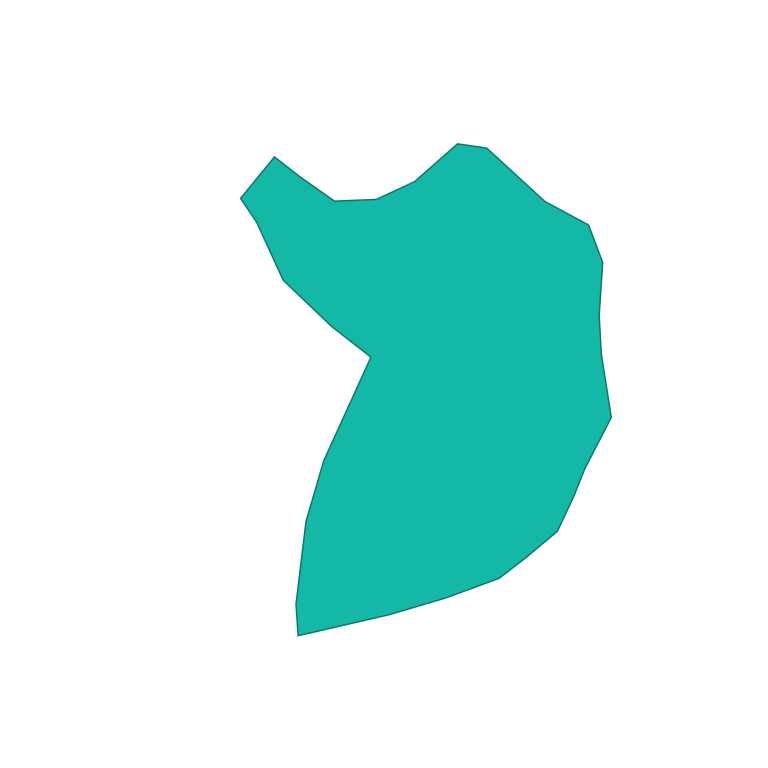 the district of Haeundae-gu, Busan, South Korea, rotated 218°
{"feature_id": "91817680B8006777837161", "entity_name": "Haeundae-gu", "entity_type": "district", "adm_level": 2, "iso_a3": "KOR", "parent_name": "South Korea", "parent_adm1": "Busan", "projection": "robinson", "projection_center": [129.155, 35.197], "detail": "fine", "context": "isolated", "style": "filled", "palette": "teal", "viewbox_px": 768, "rotation_deg": 218, "n_neighbors": 0, "source": "geoboundaries", "source_scale": "gbopen_adm2", "svg_char_len": 567}
<svg xmlns="http://www.w3.org/2000/svg" viewBox="0 0 768 768"><g transform="rotate(218 384 384)"><path d="M296.7,132.8L237.6,205.8L203.5,253.7L173.7,301.7L165.2,335.0L164.6,337.8L156.7,374.6L165.2,412.1L173.7,441.3L182.5,488.1L184.3,497.6L231.2,541.4L252.2,565.4L256.7,570.6L286.5,614.4L320.6,635.2L369.6,626.9L448.3,633.1L473.9,618.5L484.5,562.2L503.7,524.7L535.6,497.6L578.2,495.5L610.1,495.5L611.3,442.0L583.8,433.0L527.2,403.7L460.7,397.1L410.8,397.1L384.2,286.4L360.9,227.8L317.7,156.2L296.7,132.8Z" fill="#14b8a6" stroke="#0f766e" stroke-width="1.5"/></g></svg>